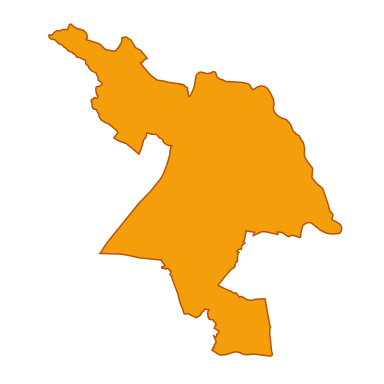 Banjar, Kalimantan Selatan, Indonesia, rotated 273°
{"feature_id": "22746128B79736905882971", "entity_name": "Banjar", "entity_type": "district", "adm_level": 2, "iso_a3": "IDN", "parent_name": "Indonesia", "parent_adm1": "Kalimantan Selatan", "projection": "robinson", "projection_center": [114.894, -3.279], "detail": "fine", "context": "isolated", "style": "filled", "palette": "amber", "viewbox_px": 384, "rotation_deg": 273, "n_neighbors": 0, "source": "geoboundaries", "source_scale": "gbopen_adm2", "svg_char_len": 5944}
<svg xmlns="http://www.w3.org/2000/svg" viewBox="0 0 384 384"><g transform="rotate(273 192 192)"><path d="M341.6,40.6L341.5,41.0L339.7,41.0L339.0,41.3L338.2,42.0L337.5,43.1L337.2,44.3L337.0,46.2L336.8,47.0L333.0,51.3L332.6,52.1L332.4,54.0L331.7,55.2L330.3,56.2L329.5,57.4L328.7,59.4L327.2,60.1L326.8,59.6L327.2,60.1L326.5,61.0L325.0,65.3L324.9,65.2L324.1,66.0L323.7,67.6L323.4,68.0L321.8,68.9L320.5,70.1L320.3,73.1L318.9,75.7L318.1,78.4L316.6,79.0L314.7,79.1L313.9,79.7L312.6,81.8L311.2,82.1L309.5,83.4L307.8,85.3L305.6,90.3L304.1,90.5L301.4,92.4L299.1,92.3L298.8,92.4L296.7,95.7L295.7,96.6L295.0,96.6L292.9,94.4L292.2,91.4L291.7,90.8L289.5,90.5L288.4,90.7L286.7,91.2L286.0,91.1L283.9,92.0L283.5,92.7L282.4,93.1L280.9,92.4L280.7,92.0L280.6,90.9L281.1,90.4L281.2,89.8L280.4,88.8L279.6,88.7L279.3,88.0L279.2,86.9L277.6,86.5L275.4,87.4L272.1,87.8L270.3,88.8L269.8,89.5L269.4,91.9L268.7,92.5L266.5,93.6L266.0,94.2L265.3,94.4L264.7,95.3L263.6,95.0L262.9,95.2L261.2,95.9L260.3,97.1L259.5,97.1L258.7,98.3L258.5,99.3L258.0,99.6L256.9,101.4L255.9,104.8L255.0,105.7L253.8,107.9L251.6,110.5L250.0,113.0L247.3,114.9L242.0,111.1L240.9,112.7L238.6,117.8L236.9,123.8L233.4,128.8L226.9,137.0L232.3,138.9L234.3,139.2L235.9,139.9L241.4,140.9L243.8,142.9L246.4,143.5L248.5,143.6L248.4,145.6L247.6,148.7L247.5,151.3L247.9,152.7L246.7,154.6L245.4,155.5L244.2,156.9L243.3,159.5L242.7,160.0L240.6,160.7L239.1,162.1L237.2,166.0L237.2,169.4L235.3,168.4L230.9,167.9L227.2,167.7L218.4,165.6L210.3,163.1L206.3,161.4L203.2,159.7L191.0,150.9L177.5,139.2L137.6,110.3L131.8,106.7L127.1,104.3L125.8,103.2L126.3,123.0L125.8,129.3L123.5,143.2L122.4,165.4L121.7,165.2L121.0,165.5L119.4,166.8L117.7,168.7L117.2,168.9L116.3,168.1L115.8,165.8L115.0,165.7L114.4,165.9L114.2,168.2L113.6,170.3L114.6,171.4L114.6,172.1L112.4,173.8L111.6,175.2L110.5,175.4L110.0,174.9L108.9,174.4L108.1,174.4L106.8,176.2L105.6,176.3L103.9,176.9L89.4,183.3L84.5,184.6L78.6,186.8L75.4,188.5L70.2,190.4L69.8,190.7L70.2,195.0L69.8,196.2L69.5,196.2L69.2,196.7L66.7,203.0L67.2,203.8L67.7,204.2L68.5,205.7L69.2,206.1L69.3,206.6L70.3,207.4L70.8,207.4L70.9,207.6L71.9,207.7L74.1,210.2L76.0,210.8L75.7,212.4L75.3,212.6L75.6,214.8L75.3,215.1L72.0,213.7L70.5,214.5L70.3,214.2L68.8,214.6L68.1,214.5L68.1,215.0L65.8,215.9L65.5,219.4L65.3,219.8L64.4,220.1L63.1,221.8L60.7,223.2L60.1,222.3L57.1,221.3L55.5,224.6L55.4,224.4L54.3,226.4L53.1,226.1L52.0,225.3L51.6,224.3L49.4,224.1L48.5,223.6L49.5,221.3L46.3,222.7L45.0,223.7L43.3,223.7L42.1,223.6L41.6,222.9L40.8,222.8L40.6,222.5L40.0,222.1L38.9,222.3L38.8,222.0L38.1,221.8L37.4,221.9L37.5,221.3L37.2,221.3L35.3,220.1L32.1,225.4L30.7,228.6L30.8,230.8L31.8,236.0L34.1,241.2L34.6,243.8L34.6,245.6L34.0,248.5L33.2,250.0L32.7,251.7L32.4,253.9L32.5,257.2L33.0,259.0L33.4,262.9L33.4,264.7L33.1,265.8L32.2,278.9L32.9,280.2L33.8,280.8L37.9,279.7L43.3,278.8L45.4,278.6L54.2,277.0L59.9,277.0L61.7,277.5L62.5,276.9L64.5,276.3L89.3,270.5L88.1,260.7L87.0,257.5L87.0,255.2L87.5,252.2L90.1,247.3L90.3,246.2L89.5,244.8L93.6,241.2L92.9,240.0L93.8,237.7L95.0,236.7L95.2,234.5L100.1,222.8L105.4,226.6L108.9,228.9L116.3,234.7L117.2,235.6L117.9,237.2L118.2,237.1L118.5,237.4L119.6,238.6L120.5,238.9L121.2,238.5L121.9,238.5L122.5,239.1L123.4,239.5L124.6,239.7L124.9,240.2L124.9,240.9L128.9,241.0L129.0,240.7L129.3,240.9L131.2,240.9L132.2,241.2L132.3,240.8L134.0,241.5L134.0,241.8L134.3,242.1L135.2,240.0L135.8,240.0L137.4,242.2L137.6,242.9L137.4,243.3L137.9,243.9L137.6,244.3L140.5,244.5L141.7,245.5L142.4,245.4L143.2,247.1L144.3,247.4L145.2,245.8L146.2,246.5L148.5,247.2L152.3,247.5L155.0,248.1L156.1,248.0L155.5,251.8L155.1,256.2L151.7,255.5L156.1,264.0L156.1,267.8L154.1,279.9L154.6,280.2L155.2,280.0L155.7,279.5L156.6,279.6L156.5,281.5L156.3,282.2L156.4,283.6L155.7,285.4L153.3,288.9L152.5,290.6L152.5,291.3L152.8,291.9L153.7,292.8L154.0,293.6L153.6,296.9L152.2,301.7L152.3,302.3L152.7,302.8L153.3,303.0L154.7,302.7L156.2,302.8L164.2,304.3L166.3,306.9L167.4,309.1L167.6,310.2L167.4,312.6L160.5,322.3L157.7,329.0L157.4,334.5L157.6,336.7L158.0,338.1L158.1,340.7L159.2,342.3L160.2,342.8L162.1,343.3L164.0,343.4L166.6,342.3L167.9,340.9L170.1,337.2L171.2,334.1L171.9,333.1L176.5,334.0L177.4,333.6L180.3,330.7L186.4,328.7L201.5,322.7L203.4,321.1L206.2,317.1L208.2,314.9L210.8,312.5L213.0,311.0L221.1,311.3L222.3,310.9L227.6,306.3L232.6,302.9L235.1,302.2L241.7,302.1L247.0,300.7L249.2,298.8L253.7,296.1L255.5,292.8L256.5,292.0L257.8,290.2L259.4,289.2L264.6,286.9L265.9,285.8L269.0,282.7L269.7,281.0L270.3,278.4L271.0,276.6L273.2,272.8L275.6,270.6L278.2,269.2L280.3,268.9L283.6,269.3L287.4,268.8L289.5,268.1L294.0,265.8L298.9,262.3L299.8,261.4L301.2,258.7L301.6,255.6L300.6,252.3L297.5,247.8L297.4,247.4L298.7,246.1L302.2,243.8L302.8,242.8L303.3,240.9L304.1,235.0L304.1,220.1L305.7,216.7L306.3,213.7L307.2,212.2L308.3,211.0L309.3,210.3L311.7,209.7L312.6,209.2L313.0,208.7L313.3,206.4L312.4,205.7L311.9,204.6L311.0,200.9L311.0,200.3L311.6,198.5L312.2,194.3L312.1,193.6L310.8,191.6L309.9,190.8L308.5,190.1L307.2,189.8L297.4,188.8L292.3,187.1L287.8,185.1L287.2,184.6L287.6,183.7L290.0,182.9L291.2,183.1L292.2,182.9L292.9,181.9L295.3,182.2L296.2,181.8L297.0,179.4L297.3,178.9L297.9,178.9L298.4,178.5L299.0,177.1L298.7,175.0L299.3,175.0L300.2,163.6L301.6,155.9L301.8,151.5L306.8,144.1L318.2,133.6L318.5,135.2L318.8,135.8L320.8,136.9L322.5,138.8L323.1,140.3L330.8,133.2L333.5,127.4L334.5,127.2L340.3,123.3L343.2,118.5L343.1,116.8L342.7,116.1L342.8,114.9L342.5,114.2L341.9,114.0L338.9,114.0L337.4,113.7L334.7,112.0L333.6,112.2L333.2,111.2L332.0,111.0L331.8,110.3L331.2,110.2L330.6,109.4L329.8,109.2L329.3,108.3L328.5,108.1L329.1,102.6L329.8,98.1L334.8,92.4L336.0,88.8L338.7,78.3L340.9,79.5L345.0,78.3L347.1,76.1L347.9,74.8L348.8,71.4L349.0,68.6L350.1,67.4L350.2,66.3L353.0,62.7L353.2,62.0L353.3,61.6L353.0,61.0L350.5,60.0L347.9,59.4L347.7,59.2L347.6,55.2L347.3,53.9L345.9,51.5L346.2,49.3L346.1,48.5L344.4,46.3L341.6,44.2L341.3,42.7L341.6,40.6Z" fill="#f59e0b" stroke="#b45309" stroke-width="1.5"/></g></svg>